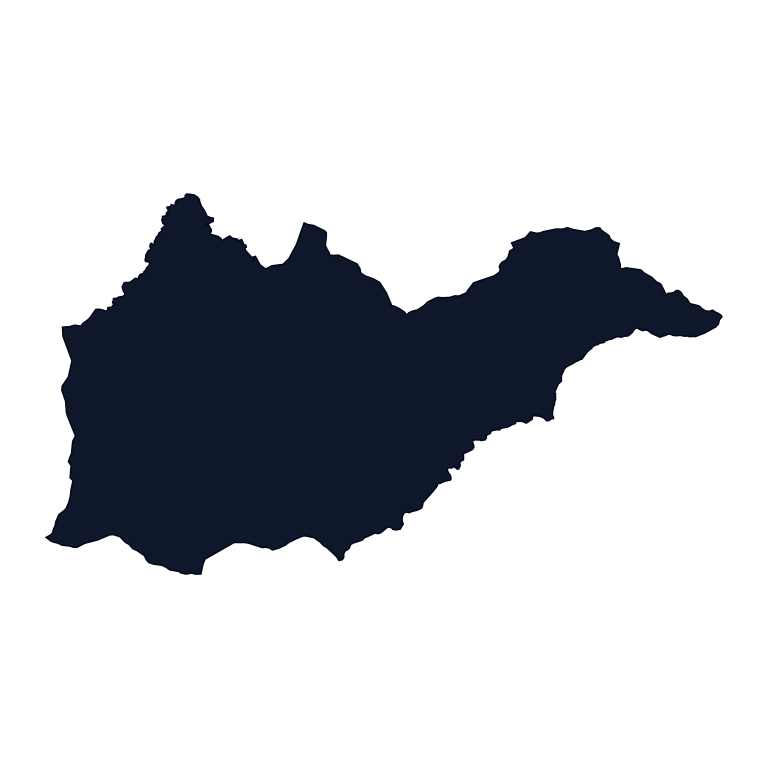 the district of Sinca Noua, Brasov, Romania
{"feature_id": "2599482B61334346881644", "entity_name": "Sinca Noua", "entity_type": "district", "adm_level": 2, "iso_a3": "ROU", "parent_name": "Romania", "parent_adm1": "Brasov", "projection": "robinson", "projection_center": [25.297, 45.691], "detail": "fine", "context": "isolated", "style": "filled", "palette": "ink", "viewbox_px": 768, "rotation_deg": 0, "n_neighbors": 0, "source": "geoboundaries", "source_scale": "gbopen_adm2", "svg_char_len": 6085}
<svg xmlns="http://www.w3.org/2000/svg" viewBox="0 0 768 768"><path d="M200.9,574.0L203.0,564.1L205.0,559.1L234.0,542.5L244.6,542.5L248.5,543.1L262.4,547.6L265.5,547.2L269.7,548.1L272.5,550.0L279.3,547.9L284.8,545.4L289.1,542.3L296.6,538.6L302.8,536.1L305.8,535.9L314.4,537.8L320.0,542.0L324.1,546.1L326.4,547.1L334.9,555.0L336.9,557.1L338.9,560.5L342.1,559.8L343.3,558.3L343.9,556.4L343.5,554.4L345.0,551.0L347.0,550.1L349.3,548.1L350.6,544.5L352.9,543.2L362.2,540.1L363.8,538.6L363.9,537.8L367.7,536.5L374.7,533.1L378.4,533.6L381.1,532.5L387.2,527.5L389.2,527.0L392.0,528.1L392.8,529.4L396.0,529.9L400.2,529.1L403.2,524.1L402.0,520.0L402.3,516.5L404.0,513.2L406.2,512.0L409.0,512.7L412.2,511.4L417.0,510.3L421.3,508.3L422.3,506.6L423.1,502.4L432.6,491.8L437.0,486.2L437.7,484.1L438.4,483.4L440.3,483.3L444.5,481.3L450.5,480.0L450.9,479.4L450.8,476.6L450.2,475.1L448.6,473.1L447.4,470.4L447.4,468.7L449.2,467.7L451.1,468.1L452.2,467.7L452.9,467.2L453.1,466.4L453.6,466.4L457.4,469.2L458.7,468.9L460.2,465.7L459.7,462.4L461.3,460.9L463.5,459.8L463.5,453.6L469.7,450.9L472.9,449.1L473.8,447.2L473.6,444.9L472.3,441.9L473.3,440.5L475.8,439.6L476.6,440.0L479.1,439.9L481.1,440.5L485.0,439.9L486.4,437.9L486.1,436.1L487.0,435.1L490.5,433.2L490.5,432.2L492.1,430.6L497.5,429.7L499.8,429.9L500.2,428.7L503.3,427.7L506.7,427.3L510.1,425.9L511.9,424.7L514.7,423.9L515.6,423.2L515.7,422.0L516.8,421.3L522.0,421.3L526.3,423.1L529.2,421.3L529.8,420.5L531.7,419.8L532.2,419.0L532.3,416.6L534.1,415.6L540.0,416.3L544.2,418.2L546.4,420.6L547.1,420.8L549.3,420.4L551.4,418.8L553.5,418.6L553.4,416.9L552.8,416.7L552.5,415.6L552.5,412.2L553.4,407.2L554.6,403.8L554.4,402.7L555.7,398.9L555.2,398.0L555.6,396.9L555.3,394.5L555.7,393.9L555.1,393.0L554.9,391.5L558.5,383.6L561.4,381.3L561.4,375.7L564.0,369.7L564.9,368.2L567.2,366.4L574.1,362.8L575.7,361.6L577.9,360.9L579.7,359.7L581.9,359.1L586.8,352.5L590.0,349.3L591.8,348.3L591.8,347.5L594.1,345.9L595.9,344.9L598.4,344.4L599.1,343.3L603.9,342.5L604.4,342.0L604.9,340.7L605.9,340.8L609.3,339.4L611.4,339.2L617.0,336.7L621.7,337.1L623.9,336.3L628.1,335.9L632.3,332.5L633.8,330.0L636.3,327.8L642.4,330.6L645.6,330.0L647.8,330.5L652.1,333.7L659.9,337.2L666.0,335.2L667.4,334.4L670.3,334.1L672.5,335.2L674.0,335.5L676.8,335.7L680.3,335.3L684.8,336.3L686.4,335.9L690.1,336.7L694.9,336.3L695.2,336.7L704.4,333.1L715.6,327.0L718.3,324.3L719.3,320.0L721.9,316.9L721.4,315.5L718.6,313.5L716.0,312.4L712.6,310.2L709.7,311.2L706.0,311.0L702.5,309.1L699.1,305.9L690.1,303.7L686.8,298.7L683.4,296.3L680.8,292.1L678.2,290.4L675.8,290.8L674.1,292.3L671.2,293.1L667.9,293.4L666.1,294.6L661.0,284.4L658.5,282.7L657.4,282.6L651.6,277.2L644.4,273.2L640.7,269.9L626.2,267.8L620.4,269.2L620.3,264.9L618.4,257.7L616.6,254.7L619.3,243.6L613.7,241.8L610.2,238.8L609.0,235.7L601.0,229.9L599.9,228.0L596.2,227.8L590.9,230.2L584.9,231.6L573.4,229.6L567.4,227.6L562.6,229.2L556.2,229.0L543.1,231.7L540.2,232.9L536.6,233.3L530.4,231.9L525.3,237.8L511.6,242.9L514.1,248.3L509.7,251.0L508.2,256.7L506.0,260.2L502.2,262.1L500.2,264.4L499.3,266.7L500.3,269.9L499.2,272.3L494.3,275.8L473.6,282.8L467.2,291.2L467.1,292.4L459.3,296.0L454.6,295.9L450.0,297.4L442.3,297.8L437.9,297.3L434.9,298.4L427.3,302.2L424.6,305.2L417.5,309.9L411.9,311.3L408.9,312.8L406.6,315.0L404.6,312.2L399.3,308.6L395.5,306.6L391.7,305.6L386.4,292.9L379.8,282.6L374.2,279.3L364.7,275.7L360.7,272.9L359.9,268.6L357.0,263.9L338.5,255.1L332.7,255.5L329.6,254.8L329.0,252.4L326.9,249.2L326.8,248.3L325.6,246.4L325.4,245.1L326.3,236.2L326.3,233.1L326.2,232.5L324.5,230.8L313.7,225.5L307.8,224.5L304.1,222.9L296.5,244.5L288.9,258.7L282.9,264.4L271.8,265.8L265.5,269.0L260.0,264.8L255.4,256.4L253.3,256.9L254.7,260.7L245.5,250.3L244.8,247.6L246.2,247.2L245.9,245.3L243.7,244.3L241.7,239.5L238.2,240.8L237.5,239.2L232.4,238.2L229.7,235.9L222.2,240.4L221.6,240.1L221.0,238.6L218.0,236.4L210.0,234.1L211.3,231.2L211.3,229.8L208.5,224.8L207.2,224.4L213.2,221.3L213.3,218.1L210.5,217.6L206.7,215.9L205.8,213.1L203.5,209.1L201.2,205.9L199.6,201.3L199.4,199.4L198.9,199.2L197.9,197.5L194.1,194.9L191.2,194.7L190.1,194.1L188.3,194.3L185.8,193.9L187.0,194.6L187.0,195.1L186.2,195.8L185.2,195.5L185.4,197.0L183.8,198.3L178.3,199.4L176.3,200.5L175.2,203.2L175.2,204.8L174.9,205.2L173.0,205.2L171.7,204.6L171.3,204.7L170.3,206.6L166.9,207.2L167.2,208.4L168.3,209.7L168.3,210.5L167.5,212.1L166.3,213.2L166.5,214.7L166.0,215.3L165.2,216.1L163.1,216.2L162.4,216.7L163.0,219.1L162.0,219.3L161.8,219.8L162.9,223.4L164.1,224.3L164.8,224.3L164.9,225.7L161.5,228.7L161.4,229.2L162.1,230.1L162.1,230.7L158.9,233.1L158.1,235.1L158.3,235.7L156.8,236.4L156.0,237.7L155.7,239.0L154.3,241.5L154.2,242.1L155.1,243.0L155.1,243.6L153.5,244.2L152.6,244.2L151.4,243.3L150.7,243.5L149.8,246.3L150.7,248.5L150.4,249.3L150.6,250.2L148.6,250.2L145.7,255.1L145.6,258.0L145.1,259.6L145.5,261.4L148.0,261.8L149.2,262.5L149.7,263.6L148.9,265.6L146.6,267.8L146.0,269.7L143.7,272.1L143.4,273.5L140.5,274.3L139.5,275.3L138.8,276.5L138.5,278.7L135.2,278.3L130.0,282.4L125.6,282.4L124.1,282.9L122.3,286.6L122.3,287.5L123.5,291.5L124.8,293.2L124.9,295.0L122.8,296.4L118.6,297.1L116.4,298.4L113.5,298.5L113.2,300.7L112.5,302.4L113.7,304.3L113.3,305.0L112.2,306.2L111.8,307.2L108.0,307.6L107.7,308.1L107.6,310.2L107.1,310.7L105.8,311.0L101.7,309.7L98.0,309.2L95.7,309.5L90.2,317.4L87.3,320.3L83.0,323.3L81.0,326.1L74.7,325.2L69.4,326.7L62.5,327.1L63.0,336.4L72.0,360.7L68.4,377.0L62.3,386.0L61.8,390.1L65.6,401.2L66.4,412.2L67.4,415.9L75.5,436.0L72.7,441.3L71.5,453.5L69.5,458.2L68.5,461.7L71.1,465.6L70.1,477.8L73.0,480.6L71.0,490.0L70.6,494.6L69.7,499.0L68.9,502.0L66.4,508.0L64.6,510.1L58.8,514.8L55.8,521.8L54.9,526.5L53.8,528.3L52.4,533.3L50.1,535.2L46.1,537.4L50.6,540.8L52.9,541.9L58.3,543.3L61.8,545.1L69.5,546.0L73.3,547.2L76.8,547.4L84.7,543.3L97.7,539.9L109.4,534.9L113.4,534.6L120.0,536.7L125.3,542.3L129.0,544.3L132.7,548.6L137.1,550.6L144.4,555.6L146.2,559.5L148.5,562.4L153.5,564.1L161.9,565.3L165.5,566.9L170.2,570.0L178.8,571.4L180.6,572.8L186.0,574.1L191.3,573.1L195.6,574.1L200.9,574.0Z" fill="#0f172a" stroke="#020617" stroke-width="1.5"/></svg>